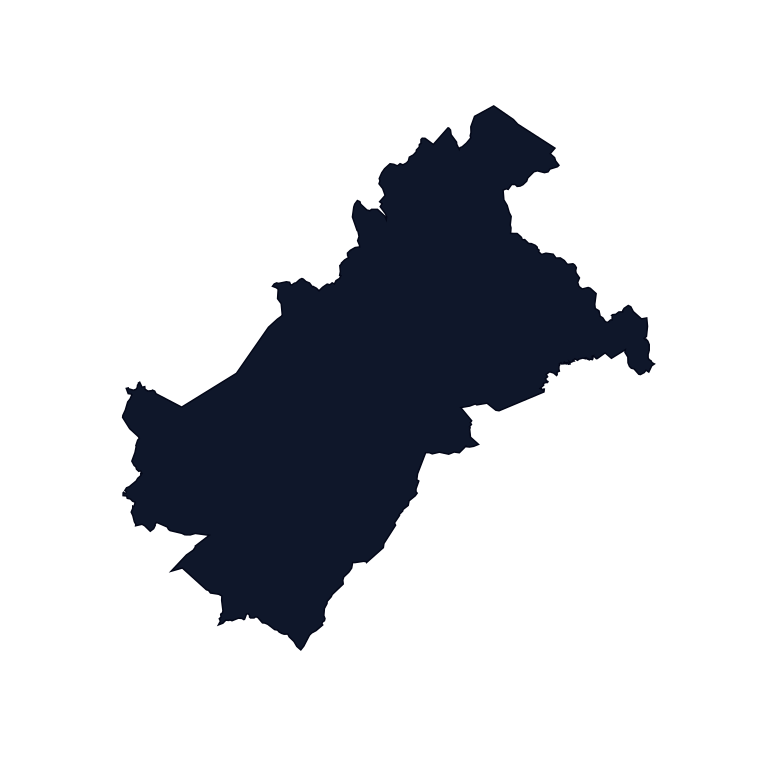 outline of San Julián, Jalisco, Mexico, rotated 223°
{"feature_id": "50627088B41443531165515", "entity_name": "San Julián", "entity_type": "district", "adm_level": 2, "iso_a3": "MEX", "parent_name": "Mexico", "parent_adm1": "Jalisco", "projection": "mercator", "projection_center": [-102.176, 20.994], "detail": "fine", "context": "isolated", "style": "filled", "palette": "ink", "viewbox_px": 768, "rotation_deg": 223, "n_neighbors": 0, "source": "geoboundaries", "source_scale": "gbopen_adm2", "svg_char_len": 6168}
<svg xmlns="http://www.w3.org/2000/svg" viewBox="0 0 768 768"><g transform="rotate(223 384 384)"><path d="M493.4,662.2L500.3,641.5L495.9,631.3L491.9,627.3L490.2,624.3L488.4,623.2L488.0,616.5L488.6,610.7L489.6,608.7L488.9,606.8L494.4,609.0L495.9,610.4L504.9,612.1L508.6,615.1L511.3,615.4L511.9,614.9L511.3,592.8L521.5,591.7L523.7,589.8L523.7,588.0L521.1,585.2L521.5,583.3L519.8,581.3L519.9,577.3L518.8,575.8L518.8,571.5L520.2,567.2L518.3,563.7L518.3,561.0L519.6,557.2L522.5,556.1L522.8,553.3L523.4,552.5L526.6,551.4L529.8,549.2L530.4,541.8L529.7,537.0L527.6,531.0L525.5,529.8L524.2,527.0L518.3,526.1L511.8,522.7L511.5,514.3L508.4,514.6L507.7,511.1L498.9,509.5L496.1,508.1L494.3,505.7L498.0,507.3L507.9,507.3L512.2,503.3L512.5,501.1L515.1,499.6L523.7,499.6L526.0,500.9L528.6,500.0L528.1,495.6L526.8,492.8L521.0,484.6L508.3,477.9L507.3,478.0L502.8,474.8L501.0,470.8L496.7,468.9L495.3,467.6L498.2,464.1L499.8,458.9L500.0,454.8L498.2,453.1L496.1,452.4L497.4,447.9L497.6,443.2L496.8,443.0L497.1,440.5L492.6,436.5L490.5,433.2L489.4,433.8L488.5,430.9L489.6,426.9L488.5,423.3L490.9,422.6L491.2,419.7L493.7,418.3L494.9,412.8L495.1,407.8L498.6,408.0L502.4,407.0L502.6,406.2L507.4,407.1L511.0,405.7L514.5,405.7L516.0,405.1L516.9,402.9L517.3,398.0L518.3,396.6L519.0,393.5L520.1,392.9L522.4,394.0L525.1,392.2L529.7,385.7L531.5,384.7L532.5,382.3L532.2,379.4L528.3,381.0L526.0,381.1L520.0,373.8L514.0,372.7L505.6,365.2L505.2,363.8L506.2,358.8L507.2,346.8L499.2,291.2L516.2,229.1L544.1,221.4L546.9,222.4L549.2,221.6L549.3,220.7L551.9,217.8L555.2,217.2L557.2,218.9L558.7,216.6L563.9,218.7L564.3,217.2L563.5,216.4L563.5,215.1L562.1,213.2L561.7,211.1L563.0,208.6L567.8,206.2L568.4,206.7L569.5,205.0L564.5,202.5L562.3,204.1L561.0,204.1L559.5,199.8L559.2,196.1L555.4,188.5L553.6,183.0L552.4,181.3L539.5,177.9L527.6,178.0L525.9,177.4L525.9,175.0L523.4,169.6L522.6,169.3L519.4,164.1L515.8,155.6L511.2,154.0L509.0,154.2L506.9,152.9L503.8,152.9L503.1,154.3L502.3,154.4L500.1,153.4L500.9,152.7L499.4,151.2L499.8,147.0L499.1,144.2L500.3,135.1L501.5,132.5L500.9,129.4L498.9,129.5L498.3,128.0L499.0,127.2L500.6,127.3L500.6,126.5L498.7,124.4L495.8,126.6L493.8,125.3L491.1,127.0L488.0,126.8L485.3,127.8L483.6,124.5L483.5,123.8L484.5,123.4L482.9,121.6L481.5,117.9L478.0,116.5L472.6,113.0L469.8,112.1L469.0,110.9L465.3,116.4L462.4,117.1L454.5,116.9L453.8,121.1L454.9,124.6L455.7,125.1L456.0,127.7L445.0,131.6L442.4,130.7L440.5,130.9L430.0,136.9L426.8,137.9L422.8,141.5L420.1,146.0L408.6,154.2L411.5,136.7L410.8,136.4L410.2,132.3L411.9,124.3L412.0,101.9L406.0,111.9L373.5,112.4L371.6,113.4L368.4,112.8L361.5,117.5L358.0,118.4L355.2,115.1L347.1,108.3L345.9,106.1L346.5,105.1L346.3,104.1L344.2,102.4L344.4,100.0L341.9,99.0L340.8,94.9L338.7,99.2L338.6,103.4L336.2,105.3L335.9,106.3L333.7,107.2L330.8,113.4L328.1,115.6L325.8,116.1L325.6,117.0L327.6,121.7L326.7,123.5L324.2,122.9L323.5,121.9L322.1,121.9L319.5,124.3L319.1,126.3L317.2,127.2L310.0,126.4L308.1,127.9L305.1,129.0L296.5,129.8L294.0,131.4L291.6,131.1L288.8,131.8L286.4,132.9L283.8,135.5L280.9,134.4L274.3,134.3L268.7,132.6L263.5,132.8L263.9,137.6L267.2,149.5L267.1,152.6L265.5,157.3L264.5,166.0L265.9,166.2L266.6,168.2L266.1,170.2L267.2,172.2L270.1,173.6L274.5,179.2L275.9,184.5L277.3,186.2L277.5,192.4L278.3,194.7L277.4,209.9L280.3,212.4L281.8,215.3L281.4,222.6L282.1,227.3L285.2,232.1L283.6,233.4L278.0,240.4L275.9,241.9L275.0,241.5L272.9,263.9L275.3,267.3L279.2,288.6L281.6,289.6L283.0,298.4L283.8,298.6L283.7,303.9L284.5,305.1L283.5,311.7L286.0,315.6L284.9,323.5L285.3,326.8L287.2,327.1L289.1,329.2L292.4,336.8L294.7,336.3L298.2,341.2L306.7,362.2L304.0,364.7L301.1,365.8L297.0,371.9L288.8,376.8L286.3,382.1L282.0,385.1L281.7,394.5L281.0,394.3L278.4,396.3L275.9,399.6L273.7,404.3L284.5,404.1L290.7,409.5L291.1,410.7L292.3,410.9L292.5,414.1L294.5,414.5L294.8,416.9L311.8,419.1L306.3,426.3L303.6,431.7L301.9,432.0L295.6,440.2L284.3,441.1L281.6,442.9L261.6,487.3L263.3,489.6L263.8,489.1L263.0,487.8L265.3,488.0L265.1,487.5L266.9,487.1L266.4,492.0L267.8,493.1L266.6,495.6L265.6,496.3L265.6,497.5L266.3,497.6L267.0,496.6L267.9,497.5L269.6,497.8L269.3,500.9L272.0,501.7L271.2,505.9L267.5,507.7L263.6,507.9L263.7,508.9L265.5,510.7L264.5,513.0L266.3,514.2L268.1,516.2L268.7,518.2L269.4,518.3L269.1,520.2L267.8,519.8L266.0,521.7L266.0,522.2L267.0,522.2L267.1,523.0L265.4,522.6L265.5,523.4L264.2,523.2L263.9,523.8L264.8,524.3L264.3,524.9L262.6,524.2L261.6,525.6L263.7,526.7L262.4,526.8L261.2,529.4L261.9,530.0L260.7,530.6L261.7,531.0L261.7,532.5L258.6,533.3L258.4,535.1L256.3,538.5L254.2,539.7L254.8,540.1L254.2,541.2L253.1,540.7L251.6,541.2L251.9,541.7L250.3,541.7L250.1,542.8L248.2,544.0L248.6,545.1L249.6,545.9L250.3,545.6L250.8,546.7L250.4,547.2L250.4,546.7L249.5,546.7L248.4,547.5L246.0,547.3L245.4,548.0L243.5,557.6L235.2,557.9L230.9,573.7L229.4,571.5L224.0,570.0L220.0,565.9L216.5,564.3L213.9,564.2L211.5,565.6L204.3,564.9L202.9,565.8L201.5,569.8L201.8,572.8L198.5,573.3L200.6,579.9L199.9,583.1L202.5,582.4L204.6,583.1L206.7,582.6L208.7,583.3L211.0,585.7L213.0,589.5L216.9,593.7L220.3,595.3L223.1,595.5L223.1,594.6L224.9,594.7L224.5,597.8L230.6,605.9L236.9,611.5L240.1,607.2L251.1,607.0L256.2,608.8L258.9,608.0L260.0,603.1L259.5,600.6L258.6,599.6L261.4,596.8L262.0,593.0L264.1,590.6L264.3,589.4L263.6,589.5L260.9,586.5L262.0,585.3L262.3,581.9L263.5,580.9L265.1,580.6L269.1,581.6L272.2,581.0L276.6,584.1L281.0,583.3L284.2,586.0L290.5,594.8L298.4,594.7L300.5,593.8L303.8,588.7L307.9,588.3L311.7,590.4L313.4,594.9L319.2,596.2L321.1,597.6L322.7,600.3L325.8,601.1L327.8,600.8L331.0,597.0L332.1,596.6L336.3,597.3L341.0,596.5L344.1,593.4L348.8,594.3L354.8,590.1L357.1,586.2L361.1,586.2L361.9,587.7L364.2,587.5L365.3,588.6L367.9,588.6L371.9,587.2L374.1,585.4L379.6,585.6L380.7,584.3L382.0,584.1L383.5,585.0L389.2,584.9L394.1,580.5L397.6,584.8L400.1,586.4L405.3,593.3L409.4,594.8L415.7,598.6L421.9,600.4L429.1,607.0L427.8,610.1L425.9,611.0L426.7,617.0L424.0,619.4L421.4,619.3L419.4,621.6L418.3,624.6L418.0,629.7L419.4,632.7L419.1,641.4L417.2,644.5L410.8,648.0L408.7,651.0L409.2,654.4L405.3,661.2L405.2,663.3L410.6,664.2L413.6,665.9L419.5,665.8L419.8,673.1L463.5,665.2L469.7,665.7L493.4,662.2Z" fill="#0f172a" stroke="#020617" stroke-width="1.5"/></g></svg>